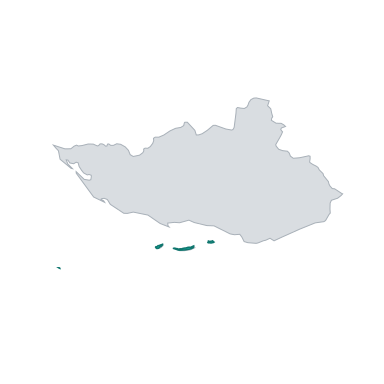 Islas de la Bahía on a map of Honduras (Albers equal-area conic projection), rotated 195°
{"feature_id": "HND-641", "entity_name": "Islas de la Bahía", "entity_type": "Department", "adm_level": 1, "iso_a3": "HND", "parent_name": "Honduras", "parent_adm1": "", "projection": "albers", "projection_center": [-86.1, 16.743], "detail": "fine", "context": "in_parent", "style": "filled", "palette": "teal", "viewbox_px": 384, "rotation_deg": 195, "n_neighbors": 0, "source": "natural_earth", "source_scale": "10m", "svg_char_len": 3577}
<svg xmlns="http://www.w3.org/2000/svg" viewBox="0 0 384 384"><g transform="rotate(195 192 192)"><path d="M338.0,201.4L325.9,200.8L320.2,202.4L317.7,205.8L315.6,207.4L313.8,207.0L310.2,208.4L304.7,211.5L299.8,212.7L295.4,212.0L294.1,212.7L293.8,213.7L293.2,214.7L291.4,215.2L289.5,215.0L287.3,213.9L286.1,214.4L286.0,216.4L284.8,216.9L282.6,216.0L280.0,216.7L277.2,219.1L273.3,219.6L268.2,218.3L264.2,215.8L261.4,212.1L258.0,211.1L252.2,214.0L249.7,217.2L249.2,219.2L249.8,221.0L248.7,222.2L246.0,222.8L244.0,225.1L242.5,228.9L242.3,231.8L243.1,233.9L241.8,235.4L238.2,236.4L234.0,239.7L229.1,245.3L224.3,249.3L219.5,251.5L217.2,254.0L217.3,256.7L217.0,257.5L216.1,257.8L214.6,258.2L205.2,252.3L202.6,248.2L200.3,248.9L197.3,250.9L193.2,255.5L188.8,261.8L186.7,262.5L175.6,261.6L169.8,262.1L168.6,262.9L168.0,265.2L168.4,268.3L169.9,279.4L170.8,284.0L169.9,285.4L166.9,285.6L163.1,286.2L161.0,288.3L160.4,290.4L160.2,293.4L159.0,296.5L156.6,298.7L154.2,299.5L141.0,300.0L141.3,294.9L137.5,292.8L135.3,288.5L133.5,285.6L134.1,283.9L133.9,281.8L128.6,280.2L123.6,281.4L120.7,280.6L118.6,279.5L122.2,277.0L122.5,275.4L121.3,274.3L120.1,273.6L120.5,270.7L121.3,267.3L123.4,259.4L122.6,258.1L119.3,255.7L115.1,255.4L110.4,256.1L108.2,254.8L106.2,252.1L102.9,250.8L97.0,252.9L90.7,256.1L88.7,257.2L87.2,257.1L86.5,254.6L86.2,251.7L85.8,251.0L82.5,249.9L78.6,249.1L76.6,248.3L74.8,246.3L70.2,243.7L69.1,241.8L63.0,237.4L61.8,235.2L60.4,233.6L57.4,231.6L55.1,232.0L47.2,229.4L46.0,229.2L47.2,227.0L49.7,223.7L55.2,220.1L55.7,217.0L54.3,211.2L53.0,207.4L53.8,205.8L55.6,199.0L56.9,197.5L64.7,194.2L65.5,193.7L71.7,189.0L78.6,183.8L85.7,178.0L93.7,171.5L98.1,167.8L100.1,166.1L104.7,167.5L108.3,164.5L110.4,163.4L115.2,159.8L116.8,159.0L124.9,157.5L128.8,157.6L132.2,161.4L134.9,163.5L140.0,161.7L144.3,161.4L162.0,165.0L169.0,163.4L181.9,163.1L187.7,164.0L196.0,159.1L201.2,158.1L207.4,155.7L206.6,153.4L205.1,152.3L214.5,153.3L228.6,158.3L243.5,157.4L248.9,154.6L252.4,153.8L267.7,158.9L271.8,162.8L275.0,163.2L277.4,162.3L278.0,161.4L275.0,160.6L273.7,159.4L285.7,161.7L308.7,180.2L309.2,181.7L299.4,176.3L294.3,176.8L292.9,177.7L293.2,180.7L293.7,182.1L295.9,182.3L297.6,181.4L301.6,182.4L304.3,184.4L307.6,187.4L309.5,190.7L311.6,190.8L313.6,188.7L317.5,188.4L320.1,190.7L321.8,190.5L319.3,187.0L313.4,183.6L314.8,183.5L327.9,189.5L331.7,197.3L334.7,199.1L338.0,201.4ZM184.8,135.1L177.3,138.9L175.0,138.8L178.4,135.9L184.0,133.4L188.7,132.1L192.5,132.7L184.8,135.1ZM210.4,131.0L206.9,133.9L206.2,132.6L207.9,130.0L210.1,128.5L212.2,128.6L211.7,129.8L210.4,131.0Z" fill="#d9dde1" stroke="#a8b0b8" stroke-width="1"/><path d="M176.1,139.6L176.5,138.4L177.8,137.3L179.7,136.1L181.1,135.5L183.9,134.2L186.9,133.2L188.9,132.6L190.3,132.4L192.2,132.5L193.6,132.6L195.9,132.7L195.0,132.9L194.0,133.4L193.1,133.2L191.7,133.5L190.7,133.3L189.9,133.4L189.5,133.6L188.9,134.0L188.6,134.1L188.2,134.2L187.5,134.3L186.7,134.9L185.0,135.8L183.3,136.4L181.5,137.6L179.9,138.1L178.8,138.3L178.1,139.0L177.3,139.7L176.4,140.4L176.1,139.6ZM208.5,131.0L209.3,129.7L209.8,129.0L211.3,128.3L212.2,128.7L212.9,129.3L212.7,129.8L211.7,130.0L211.4,130.7L210.8,131.5L209.9,131.6L209.3,132.3L206.9,133.9L206.7,133.4L207.2,132.6L207.8,131.4L208.5,131.0ZM163.4,147.2L163.7,147.5L163.3,148.3L163.4,148.9L162.5,148.8L161.8,149.0L160.5,149.5L159.4,150.2L158.7,149.6L157.8,149.3L158.2,148.8L160.3,147.7L161.5,147.5L162.2,147.4L162.8,147.2L163.4,147.2ZM299.9,84.0L300.2,84.0L300.6,84.1L300.9,84.2L301.2,84.3L300.8,84.4L300.4,84.4L300.1,84.3L299.9,84.0Z" fill="#14b8a6" stroke="#0f766e" stroke-width="1.5"/></g></svg>